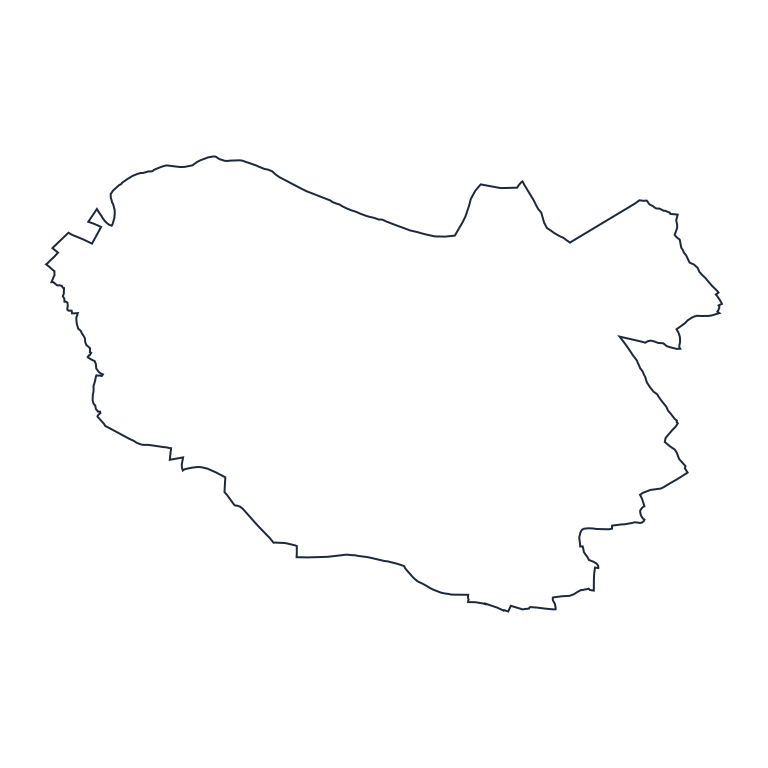 Leliceni, Harghita, Romania (Natural Earth projection)
{"feature_id": "2599482B31313199179337", "entity_name": "Leliceni", "entity_type": "district", "adm_level": 2, "iso_a3": "ROU", "parent_name": "Romania", "parent_adm1": "Harghita", "projection": "natural_earth1", "projection_center": [25.877, 46.341], "detail": "fine", "context": "isolated", "style": "outline", "palette": "slate", "viewbox_px": 768, "rotation_deg": 0, "n_neighbors": 0, "source": "geoboundaries", "source_scale": "gbopen_adm2", "svg_char_len": 6035}
<svg xmlns="http://www.w3.org/2000/svg" viewBox="0 0 768 768"><path d="M451.2,594.6L468.2,594.8L467.9,597.6L468.6,599.6L468.1,601.2L468.1,602.1L475.3,602.2L482.7,603.4L485.4,604.2L485.3,603.6L496.9,607.5L503.7,610.6L504.0,610.1L508.2,611.5L510.8,605.8L522.4,609.3L523.7,609.3L524.7,609.0L528.8,608.7L529.6,607.4L530.4,607.1L536.3,607.5L545.9,608.7L553.5,609.4L555.6,609.3L555.7,608.3L555.3,605.9L554.9,603.9L553.0,600.5L552.8,599.7L552.8,597.6L553.1,597.4L562.6,596.2L569.2,595.9L570.6,595.5L574.3,594.0L577.5,591.9L580.9,590.1L582.8,590.0L584.5,589.5L585.8,589.4L588.6,588.7L590.0,590.0L593.8,590.6L593.9,579.9L594.1,574.4L595.0,567.6L598.3,568.0L598.3,566.2L597.7,565.0L596.4,563.5L593.8,561.9L589.0,560.0L587.0,556.4L585.4,554.4L583.8,551.9L583.4,549.4L582.7,546.4L580.2,546.5L580.1,544.4L579.2,537.4L580.4,532.6L582.0,529.7L584.1,528.7L588.0,528.3L592.4,528.4L596.7,529.0L608.8,529.3L612.0,528.7L612.1,525.6L621.8,524.4L624.5,524.3L631.4,523.1L634.8,522.3L637.9,522.6L640.1,523.0L642.2,522.4L644.1,520.7L644.5,519.7L642.8,518.4L641.5,516.5L640.6,514.3L640.1,511.3L640.3,510.4L641.5,508.5L643.3,506.7L644.4,506.3L642.1,499.0L640.6,495.8L640.0,494.8L643.2,492.7L650.6,489.9L660.6,488.6L663.8,487.1L669.3,483.7L677.4,479.1L687.6,472.6L684.8,468.2L685.5,466.1L679.2,459.1L676.7,452.6L674.8,449.6L669.8,446.2L664.8,442.0L665.5,438.3L666.2,437.2L673.2,429.0L675.7,426.7L677.8,423.3L676.6,422.1L677.0,420.7L674.6,418.8L670.7,413.7L668.1,410.7L666.3,406.7L661.2,400.4L658.5,396.6L657.3,394.4L653.5,391.6L649.8,387.0L647.2,382.9L646.3,380.8L645.5,377.6L643.8,374.3L642.5,371.2L640.2,368.3L638.5,364.2L637.9,363.3L637.1,360.8L634.9,357.8L633.3,355.9L629.7,350.4L626.1,345.2L619.6,336.6L640.6,341.4L645.2,342.7L647.6,341.3L650.9,340.6L654.1,341.4L658.0,342.9L663.3,343.3L666.7,346.1L669.7,347.1L676.7,348.9L680.2,348.7L679.4,347.4L679.3,345.9L680.1,341.5L680.0,338.3L679.6,335.9L678.3,332.3L676.5,329.3L685.1,323.1L687.5,320.5L691.5,317.8L694.4,316.5L696.9,315.8L702.2,316.0L708.5,315.9L711.5,315.5L719.4,313.1L717.4,311.6L718.3,310.3L719.2,307.9L719.3,307.2L719.2,306.4L718.6,305.4L721.9,303.9L721.4,302.7L719.6,299.6L717.1,296.0L715.9,294.5L718.5,292.6L717.2,290.9L711.8,285.6L705.2,277.8L702.7,275.5L699.5,272.0L697.7,267.9L693.9,264.5L689.6,262.6L686.1,255.3L683.8,252.5L683.0,250.3L681.3,247.8L679.7,239.6L676.7,237.3L674.6,234.9L676.1,231.0L677.2,227.7L677.1,224.6L676.2,220.2L677.7,214.6L670.3,213.9L669.7,212.5L667.4,211.8L665.5,210.8L663.8,210.8L659.5,208.6L656.8,208.5L655.7,208.2L653.9,207.0L652.7,205.9L651.7,205.6L649.4,204.3L646.8,200.6L643.3,200.8L639.4,200.3L634.9,203.6L571.2,241.8L570.1,242.6L566.5,240.2L563.4,237.8L559.9,236.3L554.3,233.1L550.6,230.4L546.9,228.0L544.1,222.6L541.3,212.7L538.1,208.9L536.6,206.2L533.8,200.5L524.3,184.8L522.5,181.4L521.0,182.5L518.3,185.7L517.1,187.7L500.7,188.1L480.7,184.4L475.2,190.9L470.8,199.0L469.1,205.6L465.4,216.6L462.3,222.8L454.8,235.6L447.3,236.4L445.3,236.6L434.8,236.4L425.7,234.4L419.2,232.7L418.3,232.3L410.0,230.4L393.3,224.2L385.4,221.1L382.3,219.6L378.6,219.5L374.6,218.0L369.0,216.7L366.0,215.8L360.6,213.8L356.0,211.8L351.0,210.2L346.2,208.2L342.2,206.2L339.1,204.3L337.6,204.0L332.6,202.1L330.2,200.4L306.5,191.2L301.6,188.8L279.5,177.2L275.9,174.7L272.3,171.4L268.0,169.6L265.2,169.1L264.0,168.8L258.9,166.7L255.5,165.2L242.1,160.6L239.7,160.3L230.7,160.6L226.9,161.0L224.1,160.7L222.2,159.9L220.1,159.4L218.1,158.3L216.0,156.8L215.0,156.5L212.8,156.5L208.2,157.4L200.8,160.1L197.4,161.8L193.8,164.3L193.0,165.0L192.2,165.4L184.5,166.9L182.1,167.0L179.8,167.0L166.5,165.4L163.2,166.2L160.6,167.1L155.2,169.3L153.6,170.1L152.9,170.9L151.4,171.4L149.5,171.5L148.8,171.3L143.0,173.0L140.6,173.0L137.1,174.0L135.8,174.6L132.4,176.0L128.1,178.6L122.1,182.7L121.4,183.8L120.7,184.4L119.4,184.9L113.2,190.4L110.7,194.0L110.7,196.2L110.8,197.9L111.4,199.5L112.1,202.4L113.2,204.5L114.3,208.6L114.7,210.8L114.7,214.4L114.4,216.3L114.5,217.5L112.6,224.0L111.7,225.7L109.2,224.8L107.3,223.4L105.0,221.2L103.1,218.7L101.3,215.8L99.2,212.8L96.9,209.0L88.3,221.8L94.0,223.8L97.3,225.2L101.1,227.0L92.0,243.6L83.2,239.4L71.8,234.7L68.5,232.7L52.4,248.1L58.0,252.6L54.3,256.7L49.8,260.9L47.2,263.6L46.1,264.3L48.8,266.4L53.7,270.7L54.4,271.1L54.5,275.4L53.7,276.6L53.2,278.0L51.5,282.2L53.3,282.2L57.0,285.2L58.1,285.5L59.5,285.2L61.0,285.8L61.7,285.8L63.0,287.9L64.0,288.1L63.8,293.7L62.8,296.2L64.4,298.9L64.4,301.7L66.5,301.8L67.5,302.7L67.7,304.7L67.7,306.8L67.3,308.2L67.4,309.7L68.5,310.7L71.6,310.6L72.0,313.4L75.4,313.3L77.6,313.1L77.3,313.6L77.5,314.6L76.4,317.3L76.3,318.8L76.7,323.4L78.2,328.7L80.5,330.6L82.1,333.7L82.9,334.7L84.5,337.5L85.0,338.9L85.2,341.9L86.3,344.9L90.1,348.3L89.9,352.2L91.1,352.8L89.7,355.3L88.7,355.4L88.4,356.3L87.7,357.0L88.4,357.8L93.0,360.4L94.5,360.9L95.8,363.8L96.1,366.0L96.2,368.3L98.1,371.1L99.0,372.2L101.4,373.8L102.9,374.4L101.7,376.1L99.5,375.5L97.8,375.7L96.7,375.3L96.4,375.4L96.0,376.3L94.6,382.6L93.5,386.0L93.6,389.8L93.5,391.6L92.8,395.1L92.6,400.1L93.0,402.0L93.8,404.1L95.2,405.4L95.9,409.0L98.1,411.7L100.1,411.7L100.4,413.1L98.5,414.7L97.6,415.9L97.5,416.6L104.2,424.1L105.1,425.8L130.0,439.2L133.7,440.8L137.0,443.0L140.4,444.2L142.5,444.8L148.1,444.9L150.9,445.2L163.6,447.1L166.8,447.4L169.2,448.0L171.1,448.2L170.6,452.0L169.8,459.8L183.1,457.4L181.9,463.6L181.8,465.2L181.9,467.5L182.8,470.5L184.4,469.3L188.3,468.4L192.5,467.6L196.6,467.1L199.2,467.0L202.3,467.4L207.6,468.7L215.9,472.4L225.3,477.3L224.5,492.1L227.1,495.0L233.2,503.5L234.6,505.2L235.0,505.5L236.8,505.6L239.8,506.5L242.9,508.9L257.9,525.8L270.1,538.4L273.5,542.7L275.3,542.6L284.7,543.0L287.7,543.6L295.2,545.4L296.8,546.0L296.8,553.0L296.6,557.2L308.0,557.4L327.9,556.8L346.0,554.7L347.2,554.7L352.8,555.2L354.7,555.2L358.4,556.0L366.1,556.9L369.4,557.5L384.5,561.0L387.8,561.4L397.7,563.9L404.2,566.1L405.1,568.2L408.2,571.9L409.5,573.3L412.7,577.0L415.9,580.0L416.4,580.2L416.8,580.7L417.7,581.4L422.4,583.6L427.2,586.3L430.1,588.1L433.1,589.6L441.1,592.7L445.0,593.5L449.0,594.0L451.2,594.6Z" fill="none" stroke="#1e293b" stroke-width="2"/></svg>